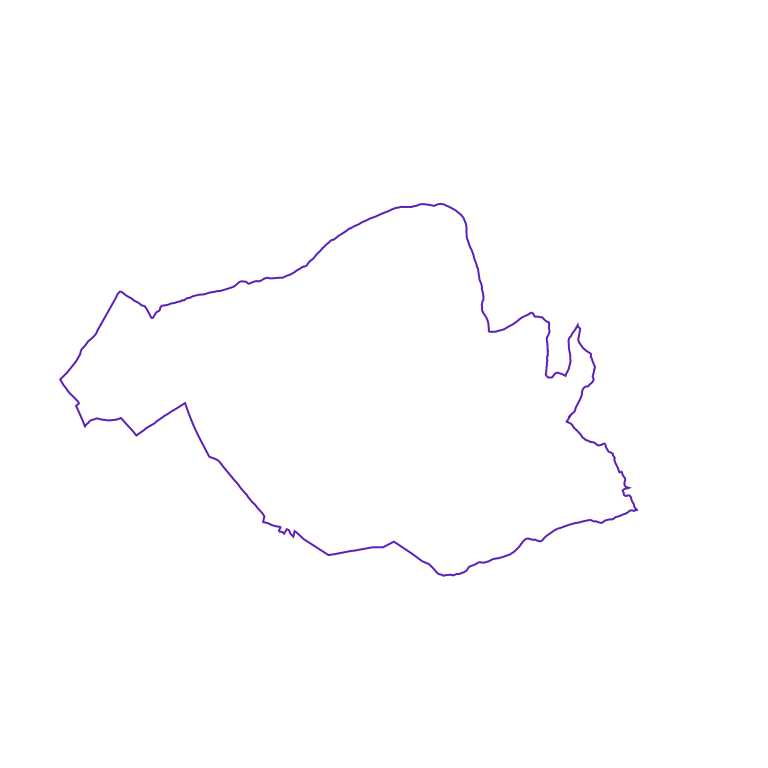 Samsud, Salaj, Romania (Natural Earth projection), rotated 300°
{"feature_id": "2599482B8829364440504", "entity_name": "Samsud", "entity_type": "district", "adm_level": 2, "iso_a3": "ROU", "parent_name": "Romania", "parent_adm1": "Salaj", "projection": "natural_earth1", "projection_center": [22.948, 47.339], "detail": "fine", "context": "isolated", "style": "outline", "palette": "violet", "viewbox_px": 768, "rotation_deg": 300, "n_neighbors": 0, "source": "geoboundaries", "source_scale": "gbopen_adm2", "svg_char_len": 6166}
<svg xmlns="http://www.w3.org/2000/svg" viewBox="0 0 768 768"><g transform="rotate(300 384 384)"><path d="M447.9,561.2L447.5,560.9L448.2,560.6L450.5,561.1L454.7,562.6L456.4,562.7L459.4,561.9L469.7,561.4L473.8,560.7L476.5,559.3L478.9,558.9L480.5,559.0L482.5,559.8L483.2,560.9L484.1,561.9L487.3,562.6L488.1,563.1L491.1,563.6L493.0,563.2L494.8,560.9L499.3,559.8L501.2,558.9L502.7,558.8L504.3,558.1L508.3,552.9L510.2,551.0L510.5,549.7L513.4,548.4L513.7,547.6L513.9,542.1L514.4,540.5L514.5,538.7L517.5,532.3L519.3,530.1L529.8,526.4L530.1,526.0L530.5,523.4L531.9,522.3L527.2,522.4L521.8,521.8L519.2,522.0L516.1,521.4L513.8,522.2L506.9,526.7L502.1,530.8L496.5,534.4L489.2,536.5L484.5,536.7L482.8,536.9L481.9,537.2L481.7,536.2L481.7,533.7L480.6,528.7L480.2,528.1L479.0,527.1L477.7,526.7L474.0,526.4L472.9,525.1L471.7,523.0L471.8,522.2L472.8,519.6L473.6,519.0L474.5,519.0L481.0,515.8L481.9,515.7L484.0,514.3L486.1,513.8L486.8,512.9L488.2,512.3L488.9,511.6L489.6,511.5L490.3,511.7L491.9,510.9L493.3,509.9L494.1,509.8L494.7,509.5L494.7,509.0L495.5,508.4L496.8,507.9L497.5,507.3L500.3,505.6L502.0,504.1L504.7,502.2L506.0,501.8L508.1,501.9L511.9,501.3L513.0,500.6L515.2,498.6L518.1,497.3L519.9,495.9L519.5,493.8L519.6,492.4L520.1,490.0L520.9,487.7L520.1,486.2L519.5,484.1L517.9,481.2L517.9,480.5L519.3,478.4L519.7,477.0L519.6,476.2L519.2,475.7L516.8,474.5L511.8,471.0L509.0,469.4L504.5,467.8L500.5,466.0L494.9,462.5L491.6,460.8L485.1,454.5L482.3,449.9L482.0,448.7L482.2,448.3L484.1,447.3L489.1,443.7L491.5,441.1L492.7,439.4L495.4,434.1L497.0,432.0L499.8,430.5L501.3,429.1L502.1,429.0L505.3,427.8L506.5,428.0L509.0,426.8L512.6,423.9L515.1,421.3L515.8,420.8L516.8,420.5L519.4,418.2L521.8,414.9L531.3,407.3L531.7,406.1L533.2,405.0L538.5,398.6L540.1,397.4L541.9,395.3L544.5,392.0L545.8,389.9L551.9,382.8L557.0,379.3L560.5,377.4L563.7,374.8L567.6,369.8L569.0,366.2L570.1,359.8L570.2,357.1L570.0,351.5L569.6,349.3L569.6,347.3L569.4,345.8L568.2,342.8L566.3,340.5L563.3,338.3L562.0,334.3L559.8,328.8L558.5,326.5L556.4,324.4L554.7,323.1L552.3,320.3L550.9,319.2L550.2,317.6L548.2,314.4L545.8,310.0L544.2,308.5L542.5,306.3L539.1,303.5L535.4,301.0L531.4,297.7L524.7,292.9L520.1,289.0L518.5,288.1L512.8,283.9L509.4,282.1L506.2,279.6L501.9,277.1L501.5,276.3L497.8,274.9L489.4,270.5L484.5,268.6L483.5,267.9L482.2,266.5L481.3,266.0L478.5,265.4L475.9,264.2L474.0,263.9L471.4,263.0L466.9,262.1L462.9,260.9L457.5,260.1L452.3,258.1L447.9,257.8L446.2,256.7L445.6,255.8L444.2,254.6L443.0,254.2L438.6,251.6L435.5,250.3L431.3,247.7L428.7,245.3L426.4,243.9L425.3,242.9L422.0,237.6L421.3,236.9L418.7,232.9L417.5,229.5L415.2,227.5L411.7,225.6L410.6,224.7L409.7,222.7L408.1,220.6L403.4,217.0L403.1,216.0L403.6,213.4L402.8,211.9L402.1,209.9L401.0,208.5L399.7,207.6L395.7,206.3L392.9,205.0L389.3,201.9L382.6,195.6L380.8,192.8L379.2,191.3L378.0,189.7L375.4,186.7L371.8,183.5L368.9,179.3L364.4,174.5L361.8,173.0L360.4,171.2L359.0,170.1L356.3,168.9L355.8,167.5L353.9,166.5L351.8,164.1L349.2,161.8L347.3,159.4L344.3,157.0L340.5,152.3L338.0,152.1L336.6,152.7L335.8,152.8L334.8,152.6L333.1,151.3L332.2,151.1L330.3,150.8L327.2,150.9L325.8,150.7L325.2,150.3L325.1,149.3L330.1,141.4L331.6,138.2L331.6,136.9L330.8,134.5L331.3,132.8L331.6,130.0L331.3,125.9L331.8,123.3L331.8,118.7L331.7,116.9L332.5,111.1L332.3,109.6L331.8,109.0L328.5,108.3L325.0,108.7L287.0,109.1L284.0,109.5L281.5,109.2L277.0,108.0L273.2,106.5L268.7,106.1L262.9,104.8L261.4,104.9L257.7,106.0L249.7,106.0L235.2,103.8L226.1,101.3L222.8,107.0L221.2,111.2L220.0,113.4L218.8,116.6L217.4,122.4L215.9,127.4L215.1,129.0L214.4,129.5L211.2,128.2L202.0,140.9L197.8,146.2L201.3,146.7L202.6,147.4L205.2,147.7L209.6,151.6L210.9,153.0L211.9,156.9L214.9,164.0L219.3,170.0L223.0,173.2L217.4,190.7L215.6,195.2L224.0,199.2L226.1,199.8L227.5,200.5L235.5,205.1L237.4,205.5L246.6,209.8L250.3,211.9L255.2,214.2L256.2,215.0L268.0,221.3L260.8,229.6L252.6,240.1L246.3,249.1L234.0,268.5L233.7,269.6L234.7,275.0L234.9,278.4L234.2,281.0L231.7,286.9L225.6,303.4L224.2,307.8L222.2,312.0L220.1,318.2L219.5,320.5L218.0,323.1L217.6,324.2L215.9,328.9L215.1,332.4L213.4,336.6L211.1,343.7L209.4,346.8L208.3,346.9L204.0,348.4L205.2,352.3L205.6,354.3L205.7,357.3L206.3,360.0L208.3,365.8L207.7,366.2L204.7,366.2L204.3,366.5L204.0,367.4L205.0,369.7L204.4,372.3L209.6,372.4L209.9,374.3L209.3,375.8L208.1,377.0L207.3,378.5L206.5,381.8L211.8,380.2L211.7,381.1L211.8,382.2L209.5,391.9L208.1,421.5L212.2,426.6L222.7,438.7L224.9,441.7L237.0,455.9L242.1,464.8L252.4,471.4L251.1,492.8L249.6,505.7L250.5,513.1L248.9,519.1L247.1,524.0L246.8,526.2L247.0,527.4L247.6,529.1L247.7,531.5L249.0,532.6L252.1,537.0L253.0,539.9L255.8,541.9L256.8,543.8L257.4,544.5L259.5,545.9L260.7,547.2L263.0,548.4L264.3,548.9L267.8,549.0L268.9,549.5L271.5,551.8L273.9,553.5L276.7,555.0L277.5,556.0L279.2,559.9L282.9,563.4L287.0,566.0L290.8,570.7L295.4,575.0L299.2,578.2L303.5,580.4L306.3,581.3L310.8,582.5L317.3,583.1L320.8,584.4L321.7,585.3L322.4,586.5L323.4,590.6L324.7,592.7L325.2,596.4L326.0,598.3L327.6,599.2L331.8,600.0L334.2,600.9L343.1,605.1L346.0,607.1L347.0,608.3L354.9,614.9L359.4,619.4L361.1,621.6L365.0,625.5L369.3,630.4L369.7,631.5L369.7,633.8L371.1,636.4L371.9,640.7L372.6,642.0L376.8,644.1L379.9,647.5L380.5,648.9L382.1,650.2L384.2,650.9L387.2,653.8L390.7,656.4L391.8,657.5L394.6,659.3L396.7,660.0L398.1,661.1L398.8,662.4L399.0,663.9L400.4,664.7L401.6,666.7L401.5,664.8L402.3,663.7L402.3,663.0L403.2,661.8L404.9,660.3L405.8,658.6L407.8,655.7L409.2,654.9L410.2,652.5L409.8,651.4L408.0,649.6L407.7,647.7L408.3,647.0L409.5,646.1L410.7,644.3L411.2,643.9L412.9,644.5L414.9,646.2L415.7,647.4L416.5,648.0L415.8,644.9L416.3,643.4L417.0,642.7L418.9,641.5L421.6,640.8L422.8,639.9L424.4,636.5L426.8,633.6L425.4,632.4L425.5,631.5L428.2,628.6L431.4,623.7L433.9,621.1L435.4,620.8L436.8,617.9L437.9,617.3L438.1,614.8L437.7,612.4L438.1,611.3L438.8,610.6L439.4,609.1L440.5,607.4L441.8,606.6L442.6,605.2L442.3,604.1L441.4,603.4L440.1,602.9L437.9,600.3L437.9,598.4L438.4,595.8L438.2,594.5L436.9,591.4L437.1,590.5L436.4,586.3L436.8,585.0L437.0,582.4L438.2,580.5L438.8,578.9L440.2,574.4L441.1,570.3L442.8,567.2L443.1,564.8L442.7,561.1L443.2,560.8L444.0,561.1L447.9,561.2Z" fill="none" stroke="#5b21b6" stroke-width="2"/></g></svg>